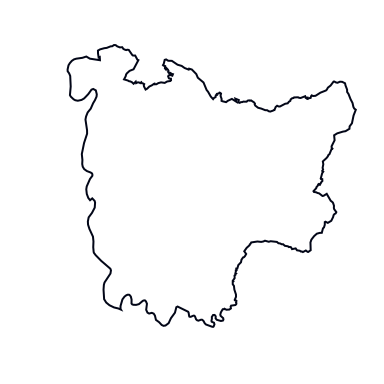 the district of Mica, Cluj, Romania, rotated 281°
{"feature_id": "2599482B98044296653209", "entity_name": "Mica", "entity_type": "district", "adm_level": 2, "iso_a3": "ROU", "parent_name": "Romania", "parent_adm1": "Cluj", "projection": "natural_earth1", "projection_center": [23.988, 47.128], "detail": "fine", "context": "isolated", "style": "outline", "palette": "ink", "viewbox_px": 384, "rotation_deg": 281, "n_neighbors": 0, "source": "geoboundaries", "source_scale": "gbopen_adm2", "svg_char_len": 5985}
<svg xmlns="http://www.w3.org/2000/svg" viewBox="0 0 384 384"><g transform="rotate(281 192 192)"><path d="M304.0,337.1L304.9,335.3L306.3,334.2L310.0,332.6L313.4,329.9L318.0,327.0L319.8,325.2L322.1,324.7L326.0,322.3L327.9,321.5L328.8,318.4L328.5,316.2L327.0,314.0L327.0,312.4L327.6,310.6L327.4,309.9L322.9,307.7L320.4,305.5L318.2,304.8L317.2,304.1L314.0,299.1L310.0,294.9L309.3,292.4L309.7,291.1L308.8,290.6L307.0,290.5L306.1,288.2L305.4,287.9L305.4,287.5L306.6,287.3L306.4,286.8L306.6,286.6L306.4,285.9L306.0,285.9L306.1,285.6L307.6,284.8L305.0,280.7L304.9,279.1L305.2,278.0L304.3,274.1L303.6,273.7L303.2,272.5L301.7,271.2L300.2,271.1L299.1,269.9L297.3,269.0L296.4,266.6L292.7,262.0L292.5,260.7L292.9,259.1L291.4,257.9L288.2,257.3L288.2,256.8L287.4,256.1L285.9,253.5L285.9,251.9L286.6,250.3L286.3,248.2L287.1,244.1L287.3,240.8L288.9,237.6L290.0,236.8L290.8,236.9L291.8,235.8L293.2,232.4L292.6,231.5L292.9,230.7L292.3,229.2L291.1,228.4L290.5,225.1L289.9,224.3L289.5,222.8L288.6,221.8L288.8,220.3L291.2,220.4L291.9,216.8L289.1,218.2L291.0,213.4L288.4,209.8L286.7,208.3L286.9,204.5L287.1,203.6L289.0,203.3L291.8,201.7L294.2,201.7L294.8,200.4L294.8,200.0L293.9,199.6L293.1,197.7L292.3,197.4L291.9,197.8L291.3,196.9L289.6,197.0L288.6,195.7L287.2,195.0L289.3,192.2L293.5,188.6L294.9,186.9L301.7,182.4L305.3,175.9L308.6,173.7L312.2,168.5L312.5,165.6L311.5,165.4L312.3,161.1L313.8,157.8L314.2,153.5L316.9,147.2L316.3,143.6L317.2,141.3L316.5,140.0L312.2,139.8L311.0,139.3L310.6,139.9L310.5,141.6L308.2,141.8L307.3,143.0L308.8,143.2L307.5,145.0L306.3,145.9L305.4,145.6L304.5,146.4L304.2,147.4L304.8,147.8L304.6,148.5L304.1,148.7L304.0,150.8L302.4,150.5L302.7,148.5L302.0,146.8L301.0,146.5L299.2,147.6L299.0,148.2L299.2,149.7L297.6,150.1L296.8,149.5L295.8,146.6L293.9,144.4L293.7,140.7L292.5,138.2L291.0,136.5L290.6,134.8L291.2,134.5L290.9,134.0L289.1,132.3L287.4,130.0L284.8,128.2L283.7,126.9L286.5,124.7L287.7,124.3L288.8,124.5L289.2,123.4L289.2,122.1L290.1,121.3L289.0,120.4L289.3,119.8L289.4,118.5L289.2,117.7L288.2,116.4L289.6,115.7L287.1,114.0L288.4,111.9L288.8,110.1L288.7,109.2L289.2,107.7L289.6,103.8L292.9,104.8L294.8,104.9L296.0,105.4L299.0,107.6L301.3,111.2L311.2,114.2L311.5,113.1L315.1,110.2L314.7,108.0L315.1,107.2L319.4,102.8L319.3,101.2L318.8,100.5L318.8,99.5L319.3,97.4L320.8,95.9L320.2,93.6L320.7,90.8L321.6,89.1L321.4,87.4L319.8,85.8L319.5,84.4L317.2,80.8L316.4,78.4L314.5,74.6L312.9,72.7L310.1,73.3L306.2,74.7L306.9,75.7L303.8,76.5L303.4,66.3L304.8,62.4L302.8,58.8L300.8,53.0L299.7,50.9L297.8,49.0L295.2,47.5L292.8,46.6L288.6,46.5L286.8,46.9L285.1,48.7L282.7,50.3L272.4,52.8L263.8,53.7L262.5,54.8L260.4,58.1L259.8,59.9L259.8,62.5L261.3,66.0L263.2,68.2L265.3,69.6L268.3,71.5L273.3,73.8L274.3,75.4L273.4,78.2L269.7,79.9L267.4,80.1L263.6,79.2L260.3,78.0L254.5,76.7L250.2,74.4L245.9,73.6L242.8,73.6L232.6,77.2L229.2,77.9L219.5,76.7L208.2,76.6L202.6,78.3L198.5,78.9L196.0,79.9L193.9,81.8L192.5,84.8L191.8,88.8L191.1,90.4L190.1,90.9L188.9,91.1L185.4,89.4L177.4,87.6L174.5,87.7L170.0,89.1L166.4,91.3L164.5,93.5L166.7,95.3L164.7,98.1L163.1,98.9L158.1,99.5L152.4,97.8L147.4,95.4L143.2,95.4L140.1,96.2L136.1,98.4L129.3,103.3L124.7,104.7L118.9,105.6L114.4,106.9L113.6,107.3L111.6,109.5L107.1,116.0L101.1,126.5L99.6,127.4L96.4,127.5L86.5,123.4L84.1,123.2L79.2,123.8L70.0,126.2L67.1,128.9L65.1,132.6L63.8,137.5L63.6,141.9L63.0,144.7L63.7,144.1L66.5,143.6L73.3,144.2L76.4,145.7L78.2,147.3L79.0,148.7L79.1,150.2L77.7,151.9L74.9,153.2L71.0,153.9L70.3,154.7L70.1,155.9L70.5,158.6L71.8,161.3L75.8,164.5L76.5,165.7L76.6,166.6L75.8,167.7L73.7,169.1L67.6,169.5L65.1,171.3L64.5,173.1L65.7,175.6L65.3,177.6L63.6,179.2L59.6,181.0L57.9,184.6L55.7,187.6L55.2,189.6L55.9,191.5L58.8,194.1L64.1,195.4L70.3,198.3L75.9,198.6L76.8,199.7L73.7,211.1L72.9,211.7L69.6,212.9L69.1,213.3L69.2,214.5L70.9,217.0L71.0,217.9L70.4,218.7L67.8,220.3L67.1,221.4L66.9,222.8L68.4,225.3L68.5,226.5L67.5,228.0L65.6,229.5L64.6,231.0L63.6,237.2L63.6,238.4L64.1,238.9L66.4,239.3L67.9,238.5L68.4,236.1L69.1,235.7L71.5,235.7L73.1,235.3L75.3,236.2L75.6,237.5L75.3,238.2L74.4,239.0L72.4,239.3L71.3,240.7L70.9,245.0L71.7,246.9L72.7,247.2L74.1,246.7L75.9,243.7L76.9,243.2L79.3,243.3L82.5,244.4L82.9,244.7L83.0,245.7L83.6,246.1L83.0,248.2L83.7,251.0L85.1,252.4L86.9,251.8L87.9,252.1L89.3,256.1L90.2,256.8L91.4,256.8L91.8,256.3L93.6,256.4L94.0,255.7L93.9,254.7L94.2,254.5L97.5,255.2L99.8,254.7L104.3,252.2L107.8,251.1L109.2,249.6L111.7,249.1L112.1,249.6L112.7,249.0L115.6,250.3L118.1,249.7L118.9,250.4L119.5,250.2L120.2,250.7L120.3,250.1L122.8,250.2L123.6,250.6L123.8,250.1L124.4,250.5L125.3,250.1L125.7,251.1L129.1,251.4L132.4,253.5L135.0,253.5L137.5,254.6L138.0,255.5L139.1,256.2L141.5,257.0L143.8,254.6L147.6,256.3L150.8,258.7L151.6,258.7L152.3,259.3L153.8,259.8L155.9,265.7L156.2,269.4L157.0,271.4L158.1,272.9L157.8,276.9L158.7,278.6L159.2,284.9L158.2,286.6L158.3,288.3L157.8,290.1L158.1,291.4L156.9,293.4L157.0,296.5L156.4,297.6L156.8,298.6L156.6,299.8L155.0,301.1L156.4,304.5L154.8,306.2L154.9,309.0L154.3,310.4L154.6,311.1L154.2,312.3L156.3,314.9L155.3,316.9L155.3,317.5L157.5,319.6L165.1,317.9L168.1,318.3L172.0,320.3L174.9,322.5L176.2,325.1L176.7,327.2L181.3,327.5L182.4,328.3L185.1,328.6L187.8,328.1L188.3,328.7L187.6,331.2L190.3,334.2L194.3,335.3L196.3,335.4L197.5,336.0L198.4,337.1L199.8,337.5L202.2,334.9L203.4,334.3L205.6,334.0L208.1,332.6L208.8,331.9L209.9,329.8L215.9,324.6L213.4,321.9L213.0,320.8L214.9,317.1L215.0,315.2L215.4,314.2L215.3,311.7L216.0,311.1L219.4,313.2L220.4,313.2L221.9,314.1L223.6,314.5L224.6,315.3L223.5,315.0L223.3,315.4L223.5,316.2L224.5,316.1L224.9,316.7L226.1,316.9L227.7,317.9L229.5,317.4L229.3,316.2L229.7,315.8L235.3,316.2L236.9,316.9L237.1,316.1L237.6,315.8L239.0,316.4L240.6,315.6L244.3,315.6L247.0,314.6L250.9,317.5L252.8,318.5L254.3,318.8L255.3,319.7L260.7,320.8L260.9,321.4L261.4,321.6L262.0,320.7L263.5,320.3L270.0,322.1L274.8,320.7L277.3,323.4L280.1,328.7L281.0,331.1L284.1,334.5L286.5,334.2L290.0,335.9L297.9,336.0L304.0,337.1Z" fill="none" stroke="#020617" stroke-width="2"/></g></svg>